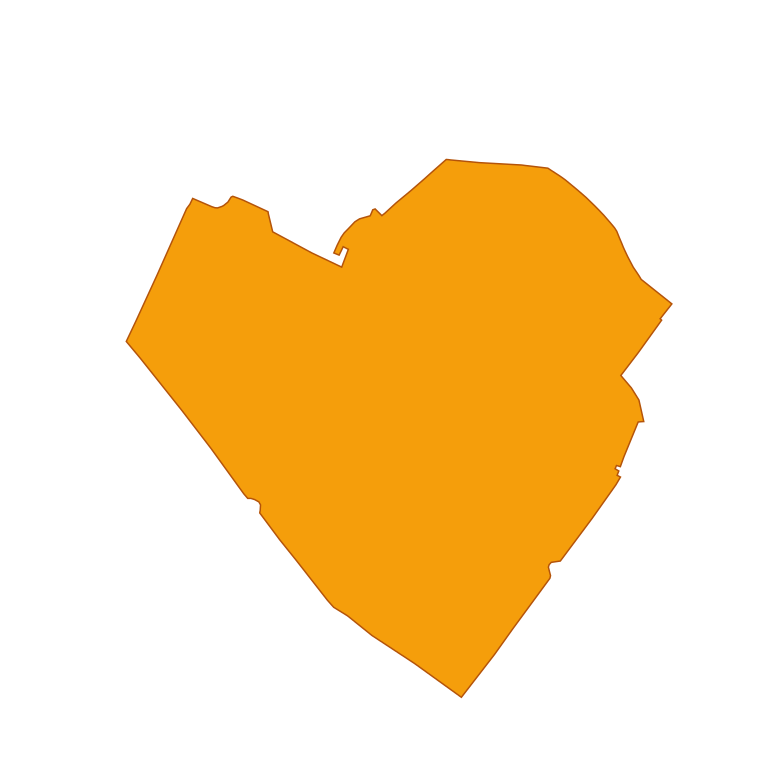 the district of Abdin, Al Qahirah, Egypt, rotated 292°
{"feature_id": "37247803B10880133914548", "entity_name": "Abdin", "entity_type": "district", "adm_level": 2, "iso_a3": "EGY", "parent_name": "Egypt", "parent_adm1": "Al Qahirah", "projection": "orthographic", "projection_center": [31.247, 30.046], "detail": "fine", "context": "isolated", "style": "filled", "palette": "amber", "viewbox_px": 768, "rotation_deg": 292, "n_neighbors": 0, "source": "geoboundaries", "source_scale": "gbopen_adm2", "svg_char_len": 1935}
<svg xmlns="http://www.w3.org/2000/svg" viewBox="0 0 768 768"><g transform="rotate(292 384 384)"><path d="M478.0,136.7L472.7,135.3L400.2,132.8L349.1,130.4L347.4,130.3L345.6,130.2L326.9,129.1L316.7,148.2L283.7,206.6L259.4,247.8L229.5,295.4L226.9,300.5L228.0,303.3L228.1,303.8L228.4,307.4L227.8,312.2L226.7,313.5L225.7,314.8L220.3,316.6L219.1,316.8L217.9,317.1L200.6,345.5L187.4,369.1L162.4,412.4L160.6,416.0L159.6,418.0L158.1,421.1L155.4,437.0L146.3,467.1L136.3,517.0L122.5,573.1L174.7,587.8L205.6,595.2L233.0,602.2L266.0,610.6L267.3,610.4L268.7,610.2L270.3,609.0L275.8,605.0L278.4,604.8L281.3,605.9L285.9,613.8L337.3,627.3L377.5,636.8L381.5,637.4L386.3,638.1L386.6,635.1L386.6,634.4L388.4,634.3L391.3,634.3L391.5,633.0L392.0,630.0L395.5,630.1L395.8,632.4L395.9,634.1L406.4,633.7L444.0,633.9L445.3,636.4L446.5,638.9L464.6,626.4L473.0,614.9L480.6,600.4L508.3,608.0L547.2,617.5L547.6,616.5L547.9,615.6L566.1,620.9L577.3,583.3L579.5,580.4L580.9,578.4L585.7,571.3L593.4,562.2L598.3,556.9L600.6,554.5L603.0,552.2L607.8,547.4L612.8,542.6L615.2,539.2L618.2,533.6L622.9,524.4L624.2,521.5L625.5,518.7L628.1,512.7L632.7,501.4L636.3,490.9L641.2,475.5L642.1,471.9L642.9,468.3L644.7,458.9L645.1,457.0L645.5,455.1L640.7,437.4L639.6,433.5L638.6,429.6L625.0,389.6L616.6,361.5L616.1,359.5L615.5,357.6L597.3,348.5L589.7,344.8L573.2,336.4L556.3,327.3L542.4,320.7L540.9,319.8L539.3,319.0L541.6,313.5L543.0,310.2L542.1,309.2L541.3,308.3L538.7,308.3L534.8,308.2L533.7,306.8L532.6,305.4L528.0,299.5L525.7,297.8L523.4,296.2L514.5,292.7L509.2,290.5L506.6,289.9L504.0,289.3L495.1,288.6L486.7,288.4L486.7,294.1L492.2,294.5L496.0,294.7L495.5,300.5L476.5,301.0L478.5,267.8L483.4,223.8L498.5,213.0L499.4,212.5L500.3,211.9L501.7,184.2L501.6,178.7L501.4,173.5L500.0,172.2L494.1,171.1L492.0,169.9L489.6,168.6L488.0,167.3L484.9,163.7L484.1,161.2L484.0,159.3L483.9,158.0L484.4,137.1L479.7,136.8L478.0,136.7Z" fill="#f59e0b" stroke="#b45309" stroke-width="1.5"/></g></svg>